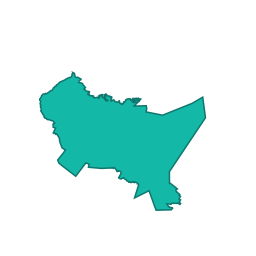 the district of San Francisco de Conchos, Chihuahua, Mexico, rotated 128°
{"feature_id": "50627088B96714761413162", "entity_name": "San Francisco de Conchos", "entity_type": "district", "adm_level": 2, "iso_a3": "MEX", "parent_name": "Mexico", "parent_adm1": "Chihuahua", "projection": "albers", "projection_center": [-105.365, 27.581], "detail": "fine", "context": "isolated", "style": "filled", "palette": "teal", "viewbox_px": 256, "rotation_deg": 128, "n_neighbors": 0, "source": "geoboundaries", "source_scale": "gbopen_adm2", "svg_char_len": 5911}
<svg xmlns="http://www.w3.org/2000/svg" viewBox="0 0 256 256"><g transform="rotate(128 128 128)"><path d="M173.5,187.4L172.6,185.0L177.9,183.9L177.8,183.2L177.9,182.9L177.5,182.6L177.0,182.0L177.4,181.2L177.0,181.1L177.0,180.8L176.5,180.7L176.7,180.2L176.8,179.7L177.0,179.1L177.3,178.9L177.4,178.0L178.0,176.6L178.2,175.8L178.8,175.2L179.5,174.8L180.3,173.9L182.0,171.6L182.7,170.1L183.1,169.7L183.8,168.6L184.0,167.9L184.3,167.5L184.2,167.1L184.0,164.7L183.8,163.8L187.2,163.6L196.5,163.7L198.2,160.9L198.3,157.0L198.2,139.5L181.5,139.7L180.5,136.4L183.3,135.0L176.1,123.9L171.2,118.3L169.5,116.0L169.0,116.2L168.8,115.5L168.8,114.6L167.7,114.5L167.5,114.1L167.9,113.1L167.9,112.1L168.4,111.3L168.4,110.8L168.7,110.7L169.1,109.9L168.3,109.2L168.7,108.8L167.5,109.3L166.9,106.8L167.0,106.6L167.9,105.6L173.0,104.7L173.1,104.3L172.9,103.8L172.9,103.1L172.4,102.1L169.9,100.8L169.8,100.7L170.2,100.0L170.3,99.6L169.9,97.9L169.9,97.6L170.4,96.5L170.4,96.1L169.9,95.2L169.9,94.9L170.2,94.2L170.2,93.8L170.0,93.6L169.4,93.6L169.2,93.1L169.4,92.4L168.8,91.8L168.3,91.8L167.9,91.5L167.8,90.7L167.7,90.6L167.5,90.4L167.1,90.6L166.9,90.1L166.6,90.0L166.9,89.1L166.1,88.9L165.9,88.6L165.7,87.4L165.7,86.5L166.2,86.3L165.7,85.6L166.2,84.6L179.1,79.8L164.5,72.8L175.5,55.3L165.9,43.6L164.0,43.4L163.7,43.5L163.6,43.8L163.6,44.1L164.8,46.2L164.8,46.7L164.6,47.1L165.0,47.7L164.9,48.0L163.8,50.7L161.6,47.1L160.4,47.2L157.1,42.8L156.8,42.7L156.6,42.7L156.3,40.0L155.0,40.1L155.1,41.9L152.3,42.3L152.5,44.1L149.5,44.6L149.7,46.2L148.5,46.3L148.5,47.2L148.4,49.7L148.5,49.9L148.2,50.2L148.3,50.9L148.1,51.3L147.0,52.2L146.7,52.2L146.2,51.8L145.6,51.6L145.5,60.6L146.1,61.2L136.9,68.5L72.2,73.3L57.7,88.1L69.0,92.6L96.6,108.6L104.2,123.7L101.3,125.1L99.2,127.3L107.0,136.7L97.4,135.7L97.5,136.2L97.9,136.3L98.7,136.0L98.2,136.7L98.4,137.0L98.0,137.2L98.2,138.2L98.4,138.5L99.0,138.4L100.5,137.0L100.4,137.5L99.7,138.7L99.4,139.6L99.5,139.9L99.9,140.0L100.3,139.6L100.5,139.9L100.3,140.3L100.4,140.7L101.0,140.8L101.1,141.4L101.3,141.6L101.3,141.9L101.7,142.3L102.1,142.2L102.2,141.9L102.0,141.2L102.2,140.3L102.1,140.0L102.2,138.9L101.9,138.1L101.9,137.6L102.1,138.0L102.3,138.2L102.6,137.7L102.9,137.6L102.5,138.5L102.7,139.5L103.1,139.2L103.2,138.9L103.6,138.8L103.8,138.2L103.9,138.9L103.7,139.3L103.0,139.8L102.7,140.7L102.9,141.0L103.1,141.2L103.7,140.5L103.9,139.6L104.3,139.0L104.5,139.0L104.4,140.0L104.6,140.7L104.2,140.7L103.4,142.0L103.4,142.3L103.5,142.4L104.2,142.0L104.4,142.9L104.4,143.1L103.7,143.2L103.7,143.4L104.0,143.7L103.9,143.9L103.6,144.0L103.9,144.7L104.4,144.9L104.9,145.9L105.6,146.3L106.1,146.7L107.3,147.1L108.1,146.5L109.1,146.8L109.6,147.3L110.0,147.3L110.3,147.3L110.4,146.7L110.8,146.7L111.8,147.2L112.1,146.8L112.7,147.0L113.4,147.6L113.4,147.8L113.1,148.2L113.5,148.0L112.9,148.5L113.1,148.7L113.2,149.0L113.5,149.3L113.5,149.7L113.1,150.2L113.1,150.5L112.0,151.3L111.9,151.5L112.1,151.7L112.6,151.2L112.8,151.3L113.4,151.1L113.5,151.2L113.5,151.4L113.3,151.6L114.1,152.2L114.3,152.5L114.2,152.8L114.5,153.0L115.1,154.0L115.0,154.5L115.1,154.8L115.1,155.2L114.8,155.5L114.7,155.7L114.6,156.4L114.7,156.8L115.1,157.0L115.4,156.9L116.1,157.3L116.7,157.9L117.1,157.8L117.2,158.0L116.3,158.6L116.3,159.1L115.6,159.2L114.9,159.1L114.2,159.4L113.5,160.1L114.4,161.2L114.3,161.5L114.5,161.5L114.2,162.2L115.6,164.3L114.9,165.1L114.8,165.7L115.4,165.8L114.9,166.3L115.1,166.6L116.1,166.4L116.4,167.0L116.9,166.7L117.0,166.1L117.3,166.0L117.7,165.7L117.6,165.0L118.1,164.9L119.0,162.8L118.6,161.6L118.8,160.8L119.1,160.8L119.2,161.1L119.5,161.1L119.7,161.5L119.5,161.8L120.0,162.0L120.2,162.5L119.1,164.9L119.1,166.1L119.4,166.1L119.4,166.8L118.9,167.0L119.3,167.6L118.5,168.3L117.9,168.1L117.3,168.6L118.1,169.5L118.9,169.2L119.1,169.6L119.0,169.8L119.5,170.4L119.7,170.2L120.7,169.7L120.4,170.3L120.5,170.5L120.7,170.3L120.9,170.5L121.1,169.8L122.0,170.1L122.2,169.9L122.7,169.8L122.5,170.3L122.5,170.9L123.9,172.1L124.6,172.7L125.2,173.3L124.9,174.6L124.1,174.6L124.2,175.4L124.5,175.9L124.8,175.9L125.3,176.7L125.2,176.9L125.4,177.3L126.0,178.0L125.9,178.5L125.3,179.1L125.2,179.4L125.3,179.6L126.2,179.8L126.2,180.0L126.0,180.6L125.4,180.8L124.7,180.7L124.0,180.4L123.5,180.5L123.1,180.8L124.2,182.8L124.6,183.2L124.5,184.4L124.3,185.1L124.6,186.2L124.5,186.6L122.4,186.4L122.2,186.5L122.1,187.9L121.8,188.6L121.7,190.1L121.1,190.8L121.0,191.3L121.3,192.7L121.5,193.1L121.9,193.5L122.3,194.3L122.5,195.1L122.1,195.3L121.3,195.4L120.2,195.4L119.2,194.9L118.7,194.9L118.4,195.1L118.5,196.0L118.7,197.0L118.7,197.8L118.9,198.6L119.0,199.0L119.9,199.6L120.2,200.5L119.8,201.9L118.8,202.6L118.5,203.4L117.9,203.9L118.3,205.7L118.6,205.2L119.0,205.0L119.4,205.3L119.6,205.2L119.8,205.3L120.1,205.1L120.5,205.0L120.9,204.7L121.0,204.5L121.5,204.3L122.9,204.2L123.3,204.4L123.6,204.8L125.7,206.1L127.6,207.0L128.9,207.3L132.4,209.2L133.1,209.4L133.3,209.8L134.2,210.0L136.7,210.3L138.4,210.9L138.8,210.5L139.2,210.5L139.6,210.6L140.3,211.2L140.8,211.2L141.5,211.0L142.6,211.5L144.3,210.9L145.1,211.1L145.3,211.4L146.5,212.0L148.5,212.4L150.7,213.2L151.2,213.6L151.6,214.3L151.8,214.3L152.3,214.1L152.5,214.2L152.7,214.5L152.9,215.2L153.2,215.6L153.9,215.9L154.6,215.8L155.8,216.0L156.1,215.7L156.7,215.5L157.8,215.5L158.4,215.3L159.1,215.4L159.6,215.3L160.5,214.6L160.6,213.5L161.0,213.0L161.4,212.8L161.9,212.8L163.1,212.1L163.4,211.6L163.4,211.3L163.6,211.0L164.1,210.6L164.4,210.6L165.3,210.0L165.6,209.3L166.6,207.9L167.1,207.5L167.9,207.4L168.2,207.2L168.4,206.9L168.4,206.4L169.1,205.0L169.1,204.5L169.7,203.4L169.9,202.7L169.9,202.3L170.0,201.8L170.3,201.1L171.0,201.0L171.0,200.7L171.3,199.8L171.2,199.1L170.8,198.4L171.1,197.4L170.9,196.6L170.6,196.0L169.7,194.9L169.6,194.3L169.7,194.0L169.6,193.6L169.3,192.8L168.6,191.6L168.6,191.2L169.0,190.4L169.1,189.8L169.1,188.8L169.3,188.7L171.2,189.5L171.6,189.1L171.8,188.7L173.5,187.4Z" fill="#14b8a6" stroke="#0f766e" stroke-width="1.5"/></g></svg>